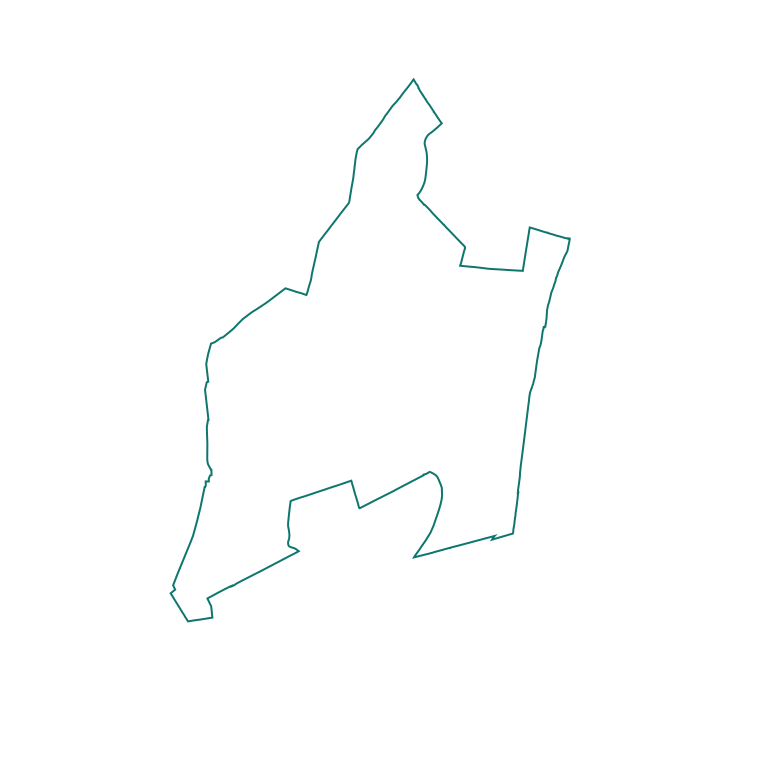 the district of Montfoort, Utrecht, Netherlands, rotated 292°
{"feature_id": "6326949B42908335421355", "entity_name": "Montfoort", "entity_type": "district", "adm_level": 2, "iso_a3": "NLD", "parent_name": "Netherlands", "parent_adm1": "Utrecht", "projection": "natural_earth1", "projection_center": [4.943, 52.045], "detail": "fine", "context": "isolated", "style": "outline", "palette": "teal", "viewbox_px": 768, "rotation_deg": 292, "n_neighbors": 0, "source": "geoboundaries", "source_scale": "gbopen_adm2", "svg_char_len": 6035}
<svg xmlns="http://www.w3.org/2000/svg" viewBox="0 0 768 768"><g transform="rotate(292 384 384)"><path d="M588.2,500.7L587.3,497.9L587.2,497.5L586.7,492.2L586.3,489.5L586.3,489.3L586.1,487.6L586.1,487.3L586.1,486.9L586.0,486.5L586.1,486.2L586.0,485.8L585.9,484.0L585.8,483.6L585.5,481.1L585.6,480.8L585.4,479.7L585.5,479.4L585.4,479.4L585.1,476.0L584.9,474.0L584.6,469.8L584.6,469.6L584.4,467.8L584.4,467.5L584.2,465.1L583.7,460.5L559.9,465.9L540.9,470.3L540.2,468.2L538.8,464.2L538.5,463.1L537.6,460.7L534.3,450.6L533.1,447.1L530.2,438.4L528.4,431.8L528.4,431.7L526.6,425.1L523.5,414.9L522.2,410.3L523.2,410.2L525.2,410.1L528.1,409.7L537.1,408.5L540.1,408.3L541.1,407.8L541.4,407.7L542.0,406.6L545.9,397.8L551.3,385.8L552.6,382.7L553.2,381.7L553.9,380.0L554.1,380.0L554.2,379.6L554.3,379.1L558.4,369.9L560.5,365.2L562.0,362.4L562.8,360.7L565.1,355.5L565.2,355.0L565.3,354.5L565.3,354.3L565.4,354.1L565.2,354.0L565.4,353.6L565.7,353.0L566.0,352.5L566.7,351.3L568.2,347.7L568.5,347.6L568.7,347.1L569.2,346.2L571.7,344.2L574.0,345.1L575.6,345.4L577.3,345.7L578.9,345.9L581.8,346.1L585.8,346.0L586.8,345.9L589.3,345.5L592.6,344.7L596.6,343.6L604.7,341.2L606.7,340.5L608.0,340.0L612.1,338.1L614.5,336.8L615.5,336.2L618.3,334.2L619.4,333.5L620.8,332.4L622.0,331.7L622.8,331.4L623.7,331.1L624.3,331.0L626.3,330.8L627.5,330.8L629.8,331.2L630.8,331.4L631.6,331.7L632.8,332.3L636.4,334.5L641.3,337.1L647.3,339.9L649.1,337.0L653.9,330.0L654.4,329.2L654.8,328.3L655.1,328.3L660.1,321.1L660.2,320.7L660.7,319.9L662.2,317.7L663.5,316.1L663.4,316.0L666.3,312.0L666.2,312.0L669.5,307.3L671.1,305.6L671.1,305.4L671.3,305.4L673.0,303.6L673.9,302.8L673.9,302.1L676.2,299.0L677.5,297.4L676.3,297.0L674.7,296.7L672.4,296.1L671.1,295.8L666.9,294.6L662.1,293.1L657.5,291.9L655.6,291.5L653.9,290.9L650.3,289.8L645.2,287.8L637.5,285.9L632.7,284.6L629.0,284.1L624.0,282.9L619.3,281.7L616.0,280.6L613.3,280.3L611.3,279.8L607.1,278.5L606.1,278.2L604.1,277.3L600.0,275.2L598.5,274.5L597.9,274.1L594.0,272.5L592.8,271.9L592.3,271.7L591.6,271.6L590.7,271.7L588.9,271.9L583.0,273.1L581.2,273.5L577.4,274.6L576.3,274.8L572.3,276.0L569.4,276.7L563.3,278.4L553.2,280.5L549.3,281.4L546.5,282.0L540.1,283.5L538.8,283.6L538.2,283.5L533.7,282.2L526.4,280.1L515.0,277.0L510.2,275.6L505.2,274.3L499.0,272.5L497.1,272.0L492.8,270.8L491.3,270.5L486.8,271.2L474.4,273.4L461.4,275.5L456.8,276.4L455.6,276.8L454.6,277.0L450.7,277.6L449.5,277.6L445.5,278.0L440.2,278.6L437.5,278.7L437.4,277.8L437.2,273.7L436.6,268.4L436.4,264.6L435.8,256.8L420.5,247.7L417.6,246.0L411.8,242.2L410.7,241.4L404.5,237.1L402.1,235.3L399.5,233.6L392.4,229.4L391.0,228.6L386.3,226.6L379.2,223.8L374.4,221.3L369.3,218.5L367.0,217.2L366.5,216.8L366.0,215.7L359.5,211.5L357.9,209.9L356.7,208.5L346.0,209.7L341.2,210.6L335.9,211.7L320.3,220.2L319.3,219.0L311.7,220.2L284.8,234.8L284.7,234.7L284.8,234.6L284.6,234.3L277.9,235.8L273.7,237.6L262.7,242.5L248.8,248.0L246.2,249.2L243.9,250.7L242.7,252.0L239.6,255.8L239.8,256.1L234.9,258.2L234.0,257.0L230.5,257.0L228.0,258.1L227.4,256.7L226.9,255.2L223.1,256.8L221.5,256.8L221.3,256.3L200.0,260.2L190.4,261.5L187.9,261.9L180.3,262.8L171.8,263.8L164.3,263.9L130.3,263.7L118.3,263.9L115.1,267.4L110.0,264.6L100.5,277.5L99.3,279.2L98.2,280.5L98.0,281.0L97.4,281.7L96.2,283.3L95.1,285.0L94.0,286.3L90.5,291.2L94.1,297.2L96.9,302.1L99.2,305.9L103.1,312.4L113.2,307.0L119.0,300.6L129.5,309.3L130.3,310.0L133.7,312.9L136.0,314.9L138.4,317.0L139.9,318.5L139.4,318.6L141.8,320.9L142.6,321.2L143.3,321.7L149.3,326.7L164.8,340.2L186.7,358.8L190.2,361.8L193.6,364.8L197.0,367.6L197.9,364.5L198.1,362.8L198.2,362.2L198.1,361.4L197.8,358.9L197.8,358.1L197.9,357.3L198.1,356.7L198.3,356.3L198.8,355.7L199.4,355.3L200.7,354.6L201.6,354.3L202.2,354.2L205.1,354.0L205.7,353.8L206.7,353.5L208.5,352.9L209.5,352.4L211.4,351.4L212.5,350.8L215.2,349.0L216.6,348.2L218.1,347.6L220.4,346.8L233.7,343.0L238.6,341.8L240.5,341.3L242.2,343.0L247.3,348.9L249.9,352.2L252.1,354.8L258.2,361.9L263.8,368.5L267.5,372.8L272.7,379.0L281.0,388.6L282.1,389.9L274.7,395.7L271.1,398.4L269.0,400.2L263.6,404.5L260.2,407.0L259.8,407.5L259.7,408.0L274.6,420.9L281.9,427.3L287.2,432.0L288.1,432.7L288.5,433.2L288.8,433.4L289.7,434.0L304.5,446.6L311.4,452.5L312.1,453.1L313.5,454.3L314.3,454.9L314.7,454.6L316.6,456.9L317.4,457.6L319.6,459.2L319.6,461.0L319.5,462.5L319.2,464.5L318.9,465.7L318.6,466.8L317.9,468.0L317.4,468.8L315.5,470.8L311.3,474.9L310.4,475.7L309.2,476.6L305.1,478.4L303.2,479.3L302.4,479.6L300.0,480.3L298.5,480.7L293.6,481.5L288.8,482.0L283.2,482.4L277.2,482.7L271.3,483.0L270.0,483.0L263.7,482.8L262.3,482.6L254.9,481.3L253.0,480.9L246.9,479.5L243.8,478.9L237.3,477.3L235.5,476.9L234.5,476.8L240.0,484.3L243.8,489.6L244.6,490.5L245.5,491.9L247.5,494.2L248.1,495.1L256.6,506.2L256.6,506.8L257.1,507.0L258.0,508.0L262.9,514.7L284.5,543.4L284.0,543.2L282.7,543.0L281.4,542.7L280.2,542.5L292.2,557.7L293.5,559.5L295.4,559.2L296.8,558.7L299.2,558.1L302.6,557.4L307.2,556.1L307.8,556.0L309.4,555.5L311.6,555.1L313.1,554.5L320.2,552.8L327.9,550.7L328.4,550.6L331.0,549.8L333.6,549.2L333.3,548.8L337.5,547.6L341.6,546.6L349.6,544.5L352.9,543.3L355.0,542.7L355.5,542.6L358.8,541.6L363.4,540.4L366.2,539.7L367.2,539.4L370.2,538.6L371.6,538.3L375.6,537.2L387.8,534.0L390.3,533.3L393.4,532.5L397.4,531.4L400.4,530.6L403.1,529.9L419.2,525.6L423.1,524.6L426.0,523.7L430.3,522.7L434.8,522.4L435.2,522.5L439.1,522.2L439.5,522.3L440.9,522.1L441.7,521.9L446.3,521.4L448.0,521.0L458.6,518.3L462.6,517.3L473.3,515.0L474.6,514.7L475.6,514.6L478.7,514.5L479.6,514.4L483.7,513.6L492.7,511.3L494.0,511.3L495.2,511.1L495.6,510.9L496.6,510.8L496.8,511.6L497.3,511.5L497.6,512.1L499.9,511.5L501.1,511.3L504.2,510.5L506.2,510.0L513.2,507.6L517.8,506.7L518.8,506.6L522.6,506.3L531.4,504.9L531.9,504.9L536.6,504.9L539.5,504.6L543.1,504.5L544.3,504.3L547.0,503.8L547.5,503.8L548.3,504.0L551.1,503.8L551.7,503.7L553.1,503.6L560.2,503.8L567.0,503.7L569.4,503.6L573.3,504.0L575.3,504.2L576.3,504.2L584.0,502.7L585.4,502.5L588.2,501.8L587.7,500.8L588.2,500.7Z" fill="none" stroke="#0f766e" stroke-width="2"/></g></svg>